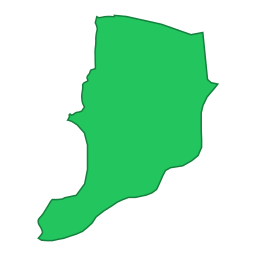 Plateau, Dauphin, Saint Lucia (Albers equal-area conic projection)
{"feature_id": "8701671B21443736840155", "entity_name": "Plateau", "entity_type": "district", "adm_level": 2, "iso_a3": "LCA", "parent_name": "Saint Lucia", "parent_adm1": "Dauphin", "projection": "albers", "projection_center": [-60.936, 14.026], "detail": "fine", "context": "isolated", "style": "filled", "palette": "green", "viewbox_px": 256, "rotation_deg": 0, "n_neighbors": 0, "source": "geoboundaries", "source_scale": "gbopen_adm2", "svg_char_len": 1960}
<svg xmlns="http://www.w3.org/2000/svg" viewBox="0 0 256 256"><path d="M217.8,84.1L216.2,83.7L211.1,82.7L210.1,81.8L207.5,79.4L202.8,32.5L191.0,34.7L161.5,24.3L126.4,16.5L114.4,15.4L114.5,15.7L114.4,16.3L113.9,16.7L113.1,16.7L109.9,16.5L107.6,16.5L104.8,16.7L101.7,17.3L99.3,17.7L98.1,17.4L96.8,16.7L95.3,22.8L96.3,24.9L97.3,28.5L97.0,30.6L96.4,33.3L96.0,36.2L95.8,38.9L95.9,40.7L95.8,42.7L95.7,45.0L95.4,47.4L95.2,49.2L95.1,51.3L95.1,53.5L95.2,56.7L95.2,60.0L95.3,63.9L95.4,66.0L95.3,68.7L92.9,69.4L90.8,70.1L90.2,71.4L89.5,73.5L88.3,75.0L87.3,76.4L87.0,77.8L87.2,78.5L87.8,79.9L87.8,80.7L87.3,81.2L86.4,81.7L84.4,82.6L83.5,83.4L82.7,84.6L82.7,86.1L82.7,87.8L82.6,89.5L82.4,90.8L82.2,92.2L81.9,94.2L81.7,96.4L81.9,98.8L82.1,100.6L82.3,101.7L82.7,103.3L83.3,104.7L84.4,106.9L84.2,107.6L82.8,109.3L82.3,110.5L81.4,111.2L78.6,112.2L77.3,112.2L75.4,112.9L74.4,113.7L72.8,114.7L71.4,115.2L70.9,114.7L70.4,114.2L70.0,114.0L69.3,114.6L69.2,115.9L69.5,117.0L69.1,117.5L68.8,118.0L67.7,120.1L68.1,120.1L71.8,121.4L77.3,124.9L80.8,128.9L84.4,132.9L87.5,145.0L87.5,169.4L84.7,183.8L76.3,195.3L64.6,197.8L62.5,199.0L58.2,199.5L55.8,199.6L52.4,199.5L51.6,200.2L51.4,200.5L50.5,201.7L50.1,202.3L49.1,204.1L46.9,207.7L44.8,211.1L43.1,213.8L41.2,216.2L39.8,217.7L38.7,219.1L38.2,220.5L38.2,221.3L38.2,221.6L38.2,222.0L38.5,223.5L39.6,225.7L40.9,227.7L41.7,229.6L42.4,231.8L42.3,233.1L41.4,234.5L40.3,235.9L39.7,236.7L38.3,238.2L41.6,240.2L47.0,240.6L52.4,240.6L58.7,239.2L63.7,238.3L70.4,236.0L76.3,234.1L82.6,231.3L87.1,227.6L92.1,223.0L96.1,216.9L103.8,210.9L111.9,205.8L117.3,202.1L122.3,199.8L128.6,197.4L129.8,197.4L135.3,197.4L146.2,195.1L152.0,192.8L156.5,189.5L158.3,185.8L159.4,183.4L161.0,179.8L162.8,175.6L165.5,170.5L170.5,167.7L182.7,165.8L191.7,160.7L198.0,155.6L201.6,147.3L201.6,139.4L201.2,129.6L201.2,121.2L201.2,112.9L203.0,105.4L206.5,98.2L207.0,97.1L210.8,92.5L212.9,90.1L215.3,87.2L217.8,84.1Z" fill="#22c55e" stroke="#15803d" stroke-width="1.5"/></svg>